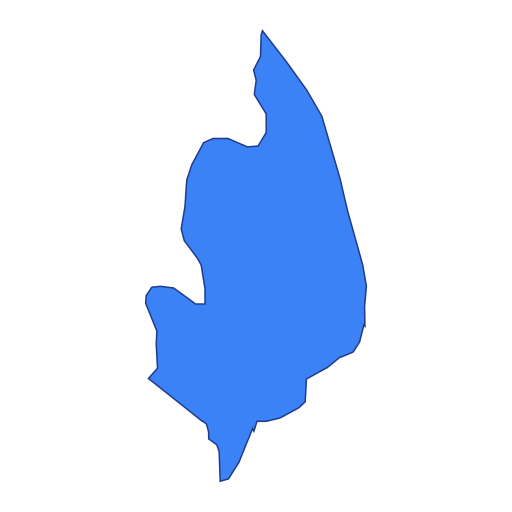 Zarflahn, River Cess, Liberia (Equal Earth projection)
{"feature_id": "62588387B27438362743371", "entity_name": "Zarflahn", "entity_type": "district", "adm_level": 2, "iso_a3": "LBR", "parent_name": "Liberia", "parent_adm1": "River Cess", "projection": "equal_earth", "projection_center": [-9.569, 5.554], "detail": "fine", "context": "isolated", "style": "filled", "palette": "blue", "viewbox_px": 512, "rotation_deg": 0, "n_neighbors": 0, "source": "geoboundaries", "source_scale": "gbopen_adm2", "svg_char_len": 1167}
<svg xmlns="http://www.w3.org/2000/svg" viewBox="0 0 512 512"><path d="M364.9,326.1L364.6,306.3L366.4,286.0L362.7,264.9L347.6,210.9L347.0,208.5L340.1,178.8L321.9,116.4L306.8,90.2L292.3,70.0L286.2,61.5L262.4,30.7L261.1,35.4L260.5,56.5L253.6,70.0L256.2,80.2L254.3,94.5L266.2,113.9L266.2,132.5L261.1,141.0L258.1,146.0L247.4,146.9L228.0,138.5L213.0,138.5L203.6,142.7L191.8,164.7L186.8,179.9L186.4,184.8L185.2,203.5L184.9,206.9L181.2,228.9L184.3,240.7L185.9,242.8L197.5,258.4L201.2,265.1L201.6,267.6L203.9,281.9L205.0,288.8L205.0,304.0L195.6,304.0L173.7,288.0L167.4,287.2L160.6,286.3L151.8,287.2L150.0,289.9L146.2,295.6L145.6,303.2L155.6,327.9L156.9,331.1L156.2,343.7L157.5,368.2L148.4,378.5L153.0,382.1L201.8,420.9L202.5,421.4L203.0,421.3L206.5,424.2L208.6,431.9L208.7,438.9L216.7,444.7L219.1,451.3L219.9,472.7L220.2,481.3L228.5,478.9L231.1,474.7L231.6,473.9L238.9,462.3L244.0,449.8L245.7,445.4L250.7,433.3L252.6,428.6L253.9,431.2L257.0,421.3L266.4,421.3L280.2,417.9L298.9,407.7L305.2,401.8L306.4,379.0L327.0,367.6L327.4,367.7L327.7,367.2L340.2,357.0L341.4,357.0L353.3,351.9L359.6,341.8L363.9,324.9L364.9,326.1Z" fill="#3b82f6" stroke="#1e3a8a" stroke-width="1.5"/></svg>